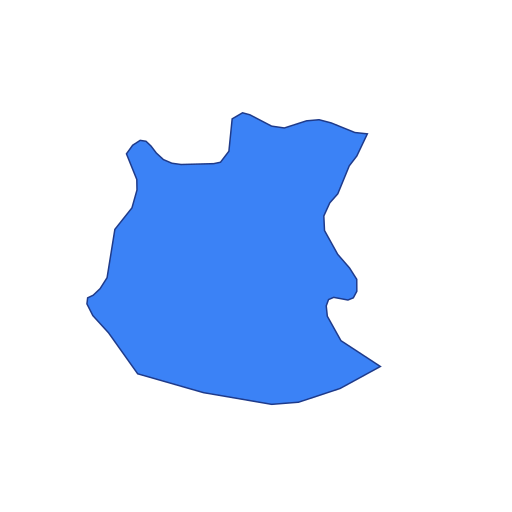 map outline of Hà Nam (orthographic projection), rotated 302°
{"feature_id": "VNM-467", "entity_name": "Hà Nam", "entity_type": "Province", "adm_level": 1, "iso_a3": "VNM", "parent_name": "Vietnam", "parent_adm1": "", "projection": "orthographic", "projection_center": [106.005, 20.525], "detail": "fine", "context": "isolated", "style": "filled", "palette": "blue", "viewbox_px": 512, "rotation_deg": 302, "n_neighbors": 0, "source": "natural_earth", "source_scale": "10m", "svg_char_len": 851}
<svg xmlns="http://www.w3.org/2000/svg" viewBox="0 0 512 512"><g transform="rotate(302 256 256)"><path d="M228.2,420.0L188.2,397.5L154.5,369.5L138.5,347.9L112.3,283.9L93.4,218.1L112.7,171.7L119.0,149.2L125.8,138.0L131.3,135.4L136.4,138.7L145.7,141.1L158.7,141.2L203.8,122.2L231.1,125.3L248.9,120.1L257.7,114.4L274.0,92.0L284.6,92.7L292.7,96.5L295.0,101.9L293.6,108.7L290.5,116.9L288.7,126.4L290.1,135.5L293.9,144.0L311.9,171.2L316.7,176.2L330.5,177.5L359.7,163.1L370.3,168.7L372.5,175.9L374.4,200.4L379.6,212.2L397.4,227.2L405.0,237.3L408.7,249.2L413.1,274.4L418.6,285.7L394.2,288.5L381.9,287.3L352.1,292.4L340.2,290.4L325.9,292.3L313.9,300.6L300.7,324.4L295.4,341.7L289.6,353.8L279.5,360.2L272.1,360.7L267.4,357.3L262.1,343.8L257.5,340.6L250.9,342.0L242.7,348.4L229.2,372.9L228.2,420.0Z" fill="#3b82f6" stroke="#1e3a8a" stroke-width="1.5"/></g></svg>